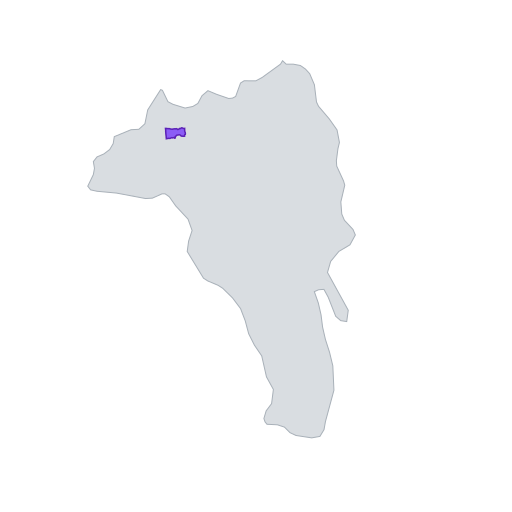 Los Rios, Bahoruco, Dominican Republic shown in context, rotated 66°
{"feature_id": "3306468B61523317388818", "entity_name": "Los Rios", "entity_type": "district", "adm_level": 2, "iso_a3": "DOM", "parent_name": "Dominican Republic", "parent_adm1": "Bahoruco", "projection": "albers", "projection_center": [-71.562, 18.559], "detail": "fine", "context": "in_parent", "style": "filled", "palette": "violet", "viewbox_px": 512, "rotation_deg": 66, "n_neighbors": 0, "source": "geoboundaries", "source_scale": "gbopen_adm2", "svg_char_len": 3757}
<svg xmlns="http://www.w3.org/2000/svg" viewBox="0 0 512 512"><g transform="rotate(66 256 256)"><path d="M89.3,336.9L89.8,318.8L92.6,311.5L90.0,303.7L78.5,295.5L71.4,284.8L65.2,275.4L66.6,274.1L79.2,273.7L83.6,270.2L92.0,260.6L93.7,252.9L93.0,247.1L87.6,240.1L85.4,232.7L92.2,226.3L101.0,216.9L102.2,213.3L102.0,209.7L91.7,199.8L91.1,195.6L95.9,184.9L95.4,177.8L90.7,155.6L88.4,152.3L93.0,150.4L96.0,143.8L100.0,138.0L105.3,134.8L111.3,132.8L123.3,133.0L139.9,138.1L144.6,138.0L160.6,133.3L173.8,130.7L186.2,133.6L191.3,137.5L201.6,143.8L206.7,145.7L223.0,145.5L227.4,146.1L241.1,156.5L252.6,160.6L259.3,160.7L271.2,156.6L277.2,156.7L284.0,165.6L285.5,178.4L291.3,190.0L300.1,197.4L343.1,193.8L352.8,199.8L349.5,204.9L343.5,207.7L323.0,206.8L314.1,207.5L312.3,212.5L312.3,217.2L324.3,218.2L336.1,220.5L348.1,224.1L360.3,226.5L374.0,228.0L387.6,230.5L410.3,239.4L435.5,259.9L442.3,264.5L446.8,271.0L444.8,279.1L436.2,292.5L431.2,296.8L423.9,299.6L418.9,305.1L414.2,314.4L411.2,315.2L407.7,314.9L401.6,309.7L397.2,301.8L385.0,294.4L370.7,295.6L349.6,291.4L336.8,293.7L324.0,294.3L310.9,292.2L297.8,291.5L284.7,294.5L272.0,299.5L267.3,302.6L259.2,310.2L254.9,313.0L223.9,317.0L215.0,311.5L206.7,304.0L194.7,303.1L177.5,309.0L166.7,311.1L162.3,313.7L161.0,316.5L161.0,327.1L158.6,333.5L141.8,357.8L132.2,374.9L128.3,380.2L123.8,381.3L115.5,371.5L110.2,367.9L103.6,366.2L100.8,360.9L100.9,353.5L99.2,346.3L95.2,340.7L89.3,336.9Z" fill="#d9dde1" stroke="#a8b0b8" stroke-width="1"/><path d="M117.5,272.5L116.8,272.2L116.6,272.1L116.3,271.9L116.2,271.8L116.2,271.7L116.1,271.3L116.1,271.1L115.9,271.0L115.5,270.8L115.4,270.7L115.1,270.6L114.9,270.6L114.6,270.5L114.4,270.4L114.1,270.4L113.1,270.4L112.8,270.3L112.7,270.3L112.4,270.1L112.1,270.0L111.8,269.8L111.6,269.8L111.2,269.7L110.7,269.5L110.4,269.3L110.2,269.9L110.2,270.0L110.0,270.3L109.9,270.4L109.2,271.1L109.0,271.3L108.8,271.5L108.7,271.6L108.7,271.8L108.7,272.0L108.7,272.4L108.7,272.7L108.8,273.0L108.8,273.3L108.6,273.6L108.5,273.8L108.4,273.9L108.4,274.0L108.5,274.1L108.6,274.3L108.6,274.5L108.7,275.0L108.7,275.6L108.7,275.8L108.7,276.0L108.4,276.2L108.1,276.3L107.8,276.4L107.7,276.6L107.5,276.8L107.3,277.0L107.2,277.1L107.2,277.3L107.1,277.8L107.1,278.0L106.9,278.2L106.7,278.6L106.6,278.8L106.5,279.4L106.5,279.5L106.4,279.7L106.3,280.0L106.2,280.1L106.2,280.6L106.2,280.8L106.0,281.2L105.8,281.5L105.6,281.8L105.5,282.1L105.4,282.2L105.2,282.4L104.6,283.1L104.4,283.3L104.3,283.7L104.1,284.0L103.8,284.6L103.7,284.9L103.5,285.2L103.4,285.5L103.2,285.7L103.0,286.0L102.9,286.1L102.7,286.6L102.6,286.8L103.1,287.0L103.3,287.0L103.6,287.1L103.8,287.1L104.1,287.3L104.5,287.4L105.0,287.6L105.6,287.9L105.8,288.0L106.0,288.0L106.5,288.2L107.1,288.4L107.5,288.6L108.0,288.7L108.4,288.9L109.0,289.0L109.3,289.2L109.9,289.3L110.3,289.5L110.8,289.6L111.2,289.8L111.3,289.9L111.7,289.9L111.8,290.0L112.1,290.1L112.4,290.2L112.4,289.9L112.5,289.6L112.6,289.3L112.7,289.2L112.7,288.6L112.8,288.4L113.0,288.0L113.1,287.8L113.3,287.4L113.4,287.1L113.6,286.8L113.6,286.7L113.6,286.3L113.6,285.3L113.6,285.1L113.7,284.9L113.7,284.7L113.8,284.6L113.9,284.4L114.1,284.3L114.2,284.2L114.3,283.4L114.3,283.1L114.6,282.8L114.7,282.7L114.9,282.5L115.2,282.4L115.3,282.4L115.4,282.2L115.2,281.8L115.2,281.7L114.9,281.5L114.5,281.5L114.4,281.5L114.4,281.4L114.2,281.3L114.1,281.0L114.0,280.9L114.0,280.7L113.9,280.5L113.9,280.3L113.7,280.0L113.6,279.7L113.4,279.3L113.4,279.1L113.5,278.9L113.6,278.7L113.7,278.1L113.7,277.9L113.9,277.5L113.9,277.3L114.0,277.0L114.0,276.9L114.3,276.4L114.8,276.0L115.2,275.9L115.5,275.7L115.9,275.6L116.0,275.5L116.1,275.4L116.3,275.1L116.5,274.7L116.7,274.4L116.8,274.1L117.0,273.8L117.1,273.5L117.3,273.2L117.5,272.5Z" fill="#8b5cf6" stroke="#5b21b6" stroke-width="1.5"/></g></svg>